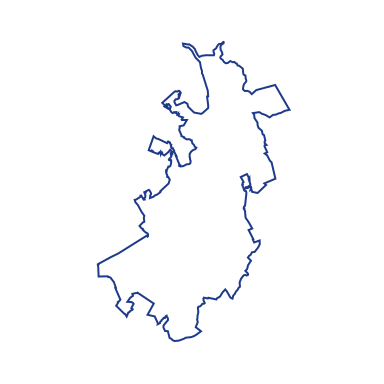 the district of Ciucurova, Tulcea, Romania, rotated 217°
{"feature_id": "2599482B74184137454330", "entity_name": "Ciucurova", "entity_type": "district", "adm_level": 2, "iso_a3": "ROU", "parent_name": "Romania", "parent_adm1": "Tulcea", "projection": "natural_earth1", "projection_center": [28.471, 44.915], "detail": "fine", "context": "isolated", "style": "outline", "palette": "blue", "viewbox_px": 384, "rotation_deg": 217, "n_neighbors": 0, "source": "geoboundaries", "source_scale": "gbopen_adm2", "svg_char_len": 6073}
<svg xmlns="http://www.w3.org/2000/svg" viewBox="0 0 384 384"><g transform="rotate(217 192 192)"><path d="M109.1,91.6L111.3,93.3L111.4,94.0L113.4,97.0L114.6,99.8L117.8,103.3L117.7,104.4L116.9,105.1L116.4,107.1L116.5,108.9L115.2,110.0L115.0,111.0L117.6,112.4L118.8,113.8L118.9,114.8L115.2,116.5L115.3,117.4L107.9,120.8L108.1,122.1L106.7,125.3L107.2,130.2L106.8,134.2L104.3,133.6L98.4,131.0L97.2,130.8L95.5,131.2L96.7,134.1L96.5,136.1L97.0,139.5L96.7,141.2L97.1,143.3L96.7,145.2L99.5,148.4L100.6,152.1L100.6,156.5L99.8,157.6L98.1,158.2L97.4,159.5L98.2,160.5L101.9,161.1L101.6,163.6L103.2,167.3L103.5,172.6L107.9,173.3L108.0,175.4L107.4,176.8L107.8,180.0L105.9,181.9L105.8,187.6L106.5,191.1L108.8,194.0L112.0,189.1L114.9,190.7L114.6,191.2L123.9,195.7L121.9,199.1L128.6,202.0L133.7,203.7L138.4,208.9L139.8,209.4L140.2,210.3L140.8,210.0L141.6,211.3L141.4,213.0L147.9,223.9L149.4,225.2L150.8,224.6L151.2,224.8L150.8,225.1L151.6,225.7L152.2,225.3L152.9,225.8L152.9,226.3L154.7,226.9L156.2,228.0L155.9,228.6L157.0,229.5L156.8,231.0L162.1,233.3L158.9,239.4L155.3,237.6L154.7,236.7L154.4,237.0L154.5,237.7L152.8,235.8L153.1,235.4L149.9,233.2L149.7,231.9L150.4,230.3L150.2,229.7L151.8,228.3L151.2,227.7L150.2,228.3L148.8,230.8L148.0,231.6L147.2,230.9L146.4,228.6L145.7,229.6L144.1,228.3L139.0,230.7L137.1,242.2L139.4,242.4L133.4,252.8L146.2,263.5L148.9,264.0L154.0,266.5L157.1,266.5L155.8,269.0L161.7,272.2L162.1,273.1L160.9,274.4L163.5,274.9L164.4,276.1L164.3,277.1L168.7,280.8L170.3,280.6L173.1,283.0L177.6,283.3L180.1,285.1L181.4,286.8L186.7,288.7L188.8,291.1L190.8,291.7L186.3,296.3L183.5,296.5L179.8,297.7L174.9,298.3L173.7,302.3L171.4,304.5L170.4,306.5L168.6,308.7L166.8,312.6L163.6,316.3L190.0,327.5L202.0,312.1L203.2,306.1L206.2,306.7L208.5,306.2L210.5,304.5L212.1,304.5L213.3,304.9L214.8,307.7L215.4,310.0L215.2,312.6L215.5,313.5L217.6,315.1L219.4,317.2L221.3,316.8L222.6,317.7L225.7,321.1L230.4,321.2L231.8,320.5L233.5,321.5L234.7,321.1L236.3,321.4L237.5,320.2L240.2,319.6L241.1,316.6L242.6,315.1L244.9,315.1L246.8,315.9L249.5,315.9L250.5,316.6L250.7,317.4L250.4,320.2L251.9,321.5L254.8,322.9L256.7,325.1L257.2,326.9L256.3,329.9L257.0,330.8L257.3,330.7L257.5,329.0L258.1,327.6L259.3,326.7L259.7,325.8L259.6,323.4L259.2,321.3L260.1,318.1L259.1,316.8L257.5,315.9L256.8,314.4L263.2,309.6L266.2,306.6L267.4,304.3L269.8,304.8L274.3,306.9L275.4,307.8L278.9,308.5L283.2,308.2L283.8,307.5L288.5,305.1L286.6,303.4L283.4,304.0L281.7,305.3L276.9,304.6L269.9,301.4L263.8,300.5L259.4,296.4L256.9,294.7L255.5,292.8L253.9,292.1L240.5,282.5L236.6,278.1L237.4,277.3L230.9,270.6L229.6,268.7L231.1,261.2L231.7,259.9L238.2,256.7L246.5,257.8L248.8,259.7L252.2,259.3L255.5,253.4L256.8,251.7L260.1,253.2L260.9,254.2L260.8,256.3L259.5,257.4L258.9,258.8L259.3,259.1L259.1,259.6L259.6,261.1L260.3,259.8L260.3,261.8L260.8,260.6L260.4,263.0L260.7,264.5L261.0,264.6L261.6,261.0L261.2,264.6L262.7,265.1L263.5,264.9L264.3,263.2L265.7,262.7L266.4,261.2L269.4,245.3L265.3,244.7L265.5,243.7L261.0,244.2L261.0,244.6L263.5,245.0L263.5,245.4L264.6,245.2L265.1,245.8L265.2,246.4L264.6,246.2L263.9,246.7L264.0,247.9L263.5,248.2L260.2,247.3L260.3,246.6L259.6,245.3L260.1,244.8L257.0,243.5L255.9,243.3L254.7,243.6L254.5,244.8L253.1,246.0L253.1,245.2L251.9,245.6L251.0,245.4L250.7,246.2L250.3,245.1L249.7,245.9L249.8,245.3L249.5,245.4L249.2,246.0L248.7,244.8L248.1,244.7L244.1,246.1L243.9,243.6L243.4,243.4L239.4,246.4L238.7,240.2L241.5,237.0L240.5,236.0L239.6,233.8L234.8,231.1L234.2,230.3L231.4,231.0L231.2,230.5L228.0,230.8L226.0,232.5L224.9,232.8L223.9,232.6L223.4,233.1L221.2,231.2L218.4,230.7L217.1,229.8L215.2,230.0L215.1,228.2L216.3,226.3L217.0,223.9L216.8,221.1L215.0,218.5L214.1,218.1L213.4,217.0L211.8,216.0L210.7,214.2L210.8,212.9L213.1,210.6L214.5,207.5L216.3,205.7L216.9,205.7L217.4,206.3L217.9,205.8L218.4,206.1L217.6,205.2L218.0,205.1L219.0,206.6L226.6,211.1L226.2,211.4L229.7,213.1L231.3,213.4L231.1,214.2L233.6,215.4L234.0,214.7L235.5,215.1L235.6,215.7L236.8,216.2L237.0,217.3L238.7,217.5L239.5,218.3L241.5,218.0L241.5,217.4L241.0,217.2L241.2,216.0L249.9,214.3L253.0,213.2L256.2,213.4L251.7,199.3L249.1,200.0L249.1,201.0L247.7,201.0L247.6,200.3L242.1,201.9L242.2,203.1L241.8,203.1L241.7,204.2L241.4,203.6L240.9,203.6L241.0,204.7L240.5,204.8L239.7,203.8L240.0,205.6L239.4,205.4L239.1,204.5L236.1,204.5L234.9,209.6L234.9,212.5L231.7,211.8L231.0,211.2L230.0,209.4L232.0,211.4L232.4,210.2L229.8,207.8L230.1,204.1L229.5,203.7L228.3,204.1L228.0,204.9L227.7,204.8L226.1,202.6L225.0,200.0L225.2,198.7L226.2,198.1L225.2,193.9L225.7,193.7L225.1,192.7L224.5,192.9L223.9,191.5L222.1,190.7L221.1,189.3L220.7,189.1L220.1,189.7L217.2,188.5L215.8,184.7L217.7,174.1L217.8,173.5L217.2,173.3L217.4,171.8L218.7,168.1L219.5,167.2L219.9,165.1L221.9,161.9L223.3,164.3L223.3,165.2L224.0,166.4L226.8,167.7L227.8,167.7L229.2,164.8L228.7,163.9L229.8,163.5L230.0,163.1L227.1,161.2L226.3,159.8L226.2,158.7L226.5,158.3L225.3,157.5L226.0,156.8L230.3,158.5L230.4,157.8L230.8,157.8L230.4,156.8L230.8,155.7L232.1,152.3L233.0,151.2L231.1,149.8L227.3,149.0L220.6,145.9L215.8,144.3L214.8,142.2L212.2,139.6L212.3,139.0L212.9,138.3L213.5,133.3L211.0,132.7L208.8,132.9L208.5,132.7L208.5,132.2L204.7,131.8L202.6,132.2L201.6,131.7L200.6,130.2L200.6,129.6L201.9,129.8L213.9,98.5L217.5,91.4L222.8,79.7L223.6,77.9L223.1,77.7L223.4,77.2L221.6,75.5L215.7,68.3L208.5,74.0L207.7,73.6L206.9,74.3L205.3,74.5L200.1,73.0L195.1,69.7L195.5,69.2L194.1,68.4L184.4,62.9L184.4,61.4L185.0,59.5L184.4,59.3L184.1,55.5L172.6,54.0L172.0,54.3L169.2,53.2L170.3,57.4L169.7,58.5L169.8,59.7L168.7,62.0L168.8,62.7L170.6,62.8L171.3,67.5L172.3,67.9L174.3,67.6L177.5,65.4L177.7,70.3L176.7,73.6L178.3,74.8L175.9,77.6L174.9,78.3L174.9,78.8L155.4,79.9L153.6,67.2L146.9,70.2L140.1,66.5L139.8,65.8L138.7,68.0L139.3,69.3L138.9,70.6L139.2,71.7L138.8,73.1L138.9,74.4L137.8,75.0L138.3,76.9L137.8,77.9L136.9,77.1L135.5,76.8L134.1,75.4L134.4,68.4L133.4,66.7L129.9,64.8L127.5,66.3L122.0,61.9L120.6,62.3L118.0,62.0L116.3,62.5L113.2,65.2L110.1,70.0L109.4,71.8L105.3,75.6L103.6,78.3L102.6,80.8L101.0,86.2L107.7,86.3L109.1,91.6Z" fill="none" stroke="#1e3a8a" stroke-width="2"/></g></svg>